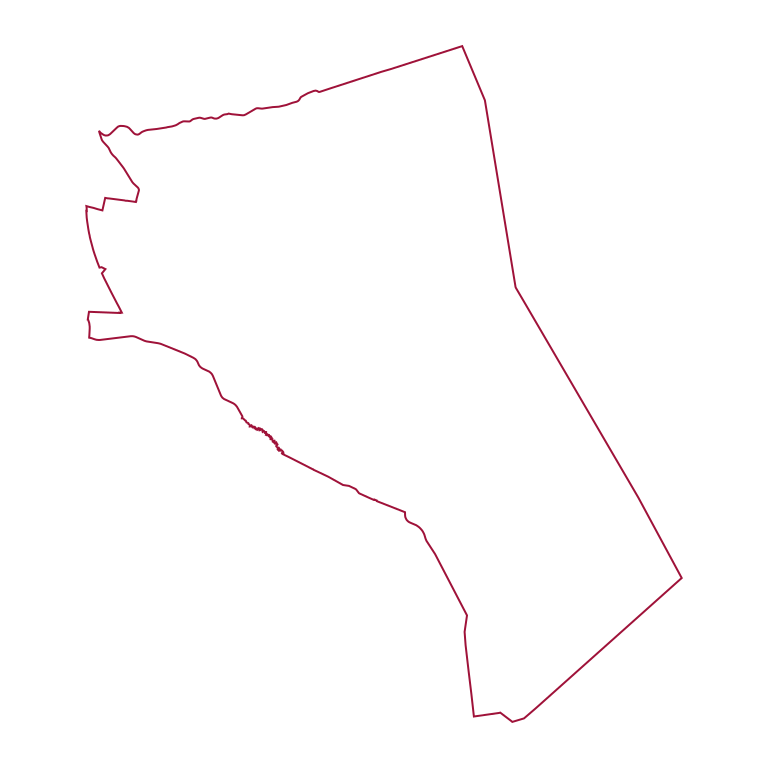 Deurne, Noord-Brabant, Netherlands (orthographic projection)
{"feature_id": "6326949B59687324731711", "entity_name": "Deurne", "entity_type": "district", "adm_level": 2, "iso_a3": "NLD", "parent_name": "Netherlands", "parent_adm1": "Noord-Brabant", "projection": "orthographic", "projection_center": [5.787, 51.428], "detail": "fine", "context": "isolated", "style": "outline", "palette": "rose", "viewbox_px": 768, "rotation_deg": 0, "n_neighbors": 0, "source": "geoboundaries", "source_scale": "gbopen_adm2", "svg_char_len": 5736}
<svg xmlns="http://www.w3.org/2000/svg" viewBox="0 0 768 768"><path d="M512.3,721.9L524.0,718.4L535.5,708.5L681.7,578.0L638.4,497.7L566.8,375.0L524.6,302.7L515.9,287.9L515.5,286.9L515.3,285.5L484.9,100.3L462.2,46.1L390.7,69.1L381.1,71.9L357.1,79.7L331.5,88.0L320.0,91.8L319.0,92.0L318.1,91.6L317.4,91.1L315.7,90.6L313.6,91.0L307.9,93.2L301.7,96.6L300.8,97.2L300.2,98.1L299.3,99.7L298.2,100.9L296.7,101.7L292.4,102.8L286.3,105.0L278.8,106.7L277.5,106.8L272.7,107.1L262.5,108.6L261.4,108.6L257.9,108.2L256.6,108.3L255.6,108.7L245.7,114.5L244.0,115.2L242.6,115.3L231.7,114.2L228.6,113.6L227.5,114.1L224.5,114.5L223.8,114.7L222.7,115.2L218.4,118.0L217.2,118.4L216.5,118.6L215.2,118.6L214.2,118.5L211.9,117.6L211.1,117.5L210.2,117.6L204.9,118.9L203.9,118.8L200.5,117.8L199.4,117.7L198.7,117.8L193.9,118.9L193.0,119.2L192.4,119.5L190.2,121.2L189.2,121.5L184.0,121.3L182.8,121.5L179.5,123.0L177.6,124.3L175.7,125.3L172.1,126.4L167.3,127.2L166.3,127.5L156.6,129.0L148.0,129.9L146.2,130.3L144.2,131.0L142.5,131.7L141.6,132.2L139.3,134.0L138.2,134.5L137.6,134.6L136.0,134.4L134.9,134.0L134.4,133.6L133.8,133.2L130.0,129.0L128.9,127.9L127.0,126.8L124.6,126.2L123.2,126.0L120.4,125.9L119.4,126.1L118.1,126.6L116.8,127.7L112.1,132.2L110.1,134.1L109.2,134.7L108.1,135.3L107.6,135.4L106.5,135.5L105.5,135.5L104.4,135.2L103.5,134.8L100.7,132.9L100.3,132.5L99.0,130.8L99.4,132.5L101.6,139.2L101.9,140.0L102.4,140.8L103.5,142.2L107.6,146.6L108.7,148.0L110.8,152.4L111.9,154.0L113.3,155.6L115.5,157.6L116.6,158.9L123.2,167.5L124.1,168.8L132.3,182.1L133.5,183.5L138.0,187.7L138.4,188.3L138.7,189.0L138.9,189.7L138.9,190.5L138.7,191.2L136.6,198.8L136.3,200.9L136.1,200.9L135.9,202.0L126.8,200.7L126.1,200.8L125.1,200.6L124.4,200.4L108.7,198.4L108.0,198.4L105.2,197.9L102.4,210.4L97.4,209.1L93.5,207.9L89.6,207.0L86.4,206.1L86.6,207.4L86.8,211.0L86.3,210.9L86.7,217.6L87.2,221.6L88.4,229.5L89.1,233.4L89.6,235.4L89.9,237.3L90.9,241.2L92.7,247.9L92.9,248.9L93.0,249.0L93.5,250.8L94.6,254.2L97.2,261.7L99.5,267.6L101.6,267.2L105.4,269.1L101.9,273.3L104.2,278.3L111.4,292.6L116.9,303.2L118.8,306.7L121.8,312.6L119.7,312.6L119.9,313.0L89.0,311.8L87.8,319.4L88.0,319.4L88.8,321.7L89.2,322.9L89.4,324.2L89.7,326.6L89.7,328.8L89.3,336.1L89.3,337.4L89.2,337.4L89.2,337.7L91.3,338.1L94.7,339.3L96.5,339.8L99.0,340.0L100.5,339.9L130.8,336.2L132.9,336.2L134.5,336.5L136.0,337.0L144.5,340.8L146.5,341.4L158.1,343.2L160.6,343.8L184.7,353.5L193.2,357.7L194.8,358.7L195.5,359.2L196.7,360.6L197.4,361.7L198.5,364.2L199.0,365.3L200.2,366.8L200.8,367.3L202.0,368.2L202.9,368.7L209.2,371.6L210.7,372.8L211.9,374.1L212.9,375.9L221.0,395.6L221.8,396.9L222.5,397.8L224.2,399.1L224.9,399.4L233.2,403.3L234.3,404.0L235.6,405.1L237.0,406.8L242.3,416.2L242.4,416.6L242.3,417.3L241.8,418.1L241.8,418.3L242.7,418.3L243.3,418.6L243.7,419.0L243.9,419.3L244.5,419.7L245.0,420.4L245.8,420.7L245.9,420.9L246.0,421.3L246.5,422.4L248.1,423.0L248.4,423.3L248.5,423.6L248.5,424.1L249.5,424.6L249.9,425.3L250.0,425.6L249.9,425.9L249.7,426.2L249.7,426.5L250.4,426.4L250.8,426.1L251.1,425.6L251.5,425.3L251.7,425.5L251.6,425.8L251.4,426.1L252.3,427.1L252.4,427.3L252.6,427.4L252.7,427.2L252.7,426.9L253.0,426.7L253.5,426.6L254.1,426.7L254.4,427.0L254.5,427.8L254.7,427.7L255.0,427.3L255.1,427.2L255.2,427.3L255.3,427.8L254.9,428.3L255.0,428.5L255.4,428.8L255.6,429.0L255.8,429.2L256.0,429.1L256.0,428.5L256.3,428.5L256.6,429.3L256.8,429.5L257.6,428.6L257.8,428.6L257.9,428.8L257.9,429.0L257.8,429.4L257.8,429.6L258.6,429.2L258.4,428.4L258.5,428.2L258.8,428.4L259.8,428.3L260.0,428.5L259.7,429.5L259.4,429.8L259.5,430.3L259.9,430.2L260.1,429.4L260.4,429.4L260.4,429.5L260.3,429.9L260.6,429.9L261.0,429.7L261.2,429.2L261.8,429.1L262.2,429.4L262.7,430.2L262.9,430.7L262.8,431.0L262.5,431.2L262.5,431.7L262.7,432.0L263.0,431.8L263.4,430.9L263.6,430.8L264.1,431.1L264.3,431.7L264.5,431.9L265.7,432.0L265.3,432.7L265.1,433.1L265.5,433.3L265.6,433.2L265.8,432.8L265.9,432.7L266.1,432.6L266.3,433.2L266.6,433.6L266.7,433.8L266.4,434.1L266.0,434.9L266.5,435.1L266.7,434.8L267.0,434.5L267.3,434.4L267.5,434.4L267.7,435.1L267.9,435.3L268.6,435.0L269.0,435.0L269.1,435.4L269.0,435.7L268.6,436.0L268.9,436.3L269.6,436.5L270.4,436.2L270.8,436.4L271.2,437.0L270.2,437.1L270.0,437.3L270.7,438.0L270.5,438.8L270.4,439.0L270.5,439.2L271.3,439.2L271.4,438.7L271.6,438.6L272.1,438.9L272.3,439.0L272.0,439.6L272.9,440.7L272.7,441.6L273.0,441.8L273.6,441.1L274.3,440.7L274.5,440.7L274.6,441.1L274.2,442.7L274.3,442.9L274.4,443.0L274.6,442.9L274.9,442.2L275.0,442.2L275.2,442.5L275.4,443.6L275.6,443.5L275.8,443.4L276.1,442.5L276.3,442.4L276.9,443.8L277.5,444.4L277.3,444.9L277.1,445.1L276.6,445.4L276.3,446.0L276.2,446.1L276.3,446.4L277.7,447.7L278.6,447.6L278.8,447.7L279.0,448.2L278.8,448.8L278.7,448.9L278.2,448.6L277.6,449.1L277.6,449.3L278.0,449.8L278.7,449.6L278.8,449.9L279.1,450.7L279.3,450.6L279.4,449.7L280.3,449.5L280.3,450.6L280.7,450.6L281.2,450.1L282.2,450.7L282.4,450.9L282.5,451.3L282.5,451.5L283.2,452.0L283.3,452.2L283.1,452.4L282.6,452.2L282.5,452.3L283.0,453.0L282.1,453.1L281.9,453.3L282.0,453.5L282.6,453.7L282.7,454.1L289.1,457.2L312.2,469.0L313.3,469.4L313.5,469.8L314.7,470.3L328.2,476.7L343.0,485.0L349.0,485.9L355.7,489.1L356.4,489.8L359.0,493.2L360.0,493.7L368.8,497.7L374.0,500.0L374.4,500.0L374.5,499.6L376.7,500.5L376.6,500.9L376.7,501.1L405.0,512.2L405.1,515.6L405.2,516.3L405.4,517.4L405.7,518.0L406.2,519.1L406.8,520.1L407.3,520.6L408.1,521.4L409.1,522.1L410.8,522.9L415.0,524.7L416.2,525.2L417.7,526.2L419.3,527.4L420.5,528.6L421.9,530.2L422.8,531.5L423.8,533.4L424.3,534.5L425.6,538.8L426.5,540.9L435.1,554.1L467.0,615.4L464.6,631.9L465.6,645.2L468.6,671.1L471.4,694.2L473.9,716.5L499.4,712.9L500.2,712.6L511.4,721.1L512.3,721.9Z" fill="none" stroke="#9f1239" stroke-width="2"/></svg>